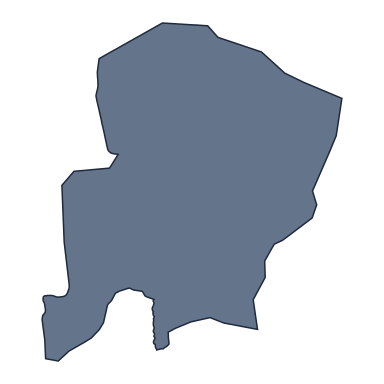 the district of Bornuur, Töv, Mongolia
{"feature_id": "93677404B81102829752528", "entity_name": "Bornuur", "entity_type": "district", "adm_level": 2, "iso_a3": "MNG", "parent_name": "Mongolia", "parent_adm1": "Töv", "projection": "mercator", "projection_center": [106.158, 48.484], "detail": "fine", "context": "isolated", "style": "filled", "palette": "slate", "viewbox_px": 384, "rotation_deg": 0, "n_neighbors": 0, "source": "geoboundaries", "source_scale": "gbopen_adm2", "svg_char_len": 2580}
<svg xmlns="http://www.w3.org/2000/svg" viewBox="0 0 384 384"><path d="M336.2,135.8L341.9,98.4L303.8,82.4L284.8,73.2L261.5,52.0L218.0,37.4L207.7,25.8L162.4,23.0L99.1,58.6L97.3,72.2L97.4,74.5L97.6,77.9L97.8,80.3L98.0,85.9L97.5,89.1L96.6,92.5L96.0,95.6L96.1,96.9L96.9,100.7L97.7,104.2L99.0,109.7L99.8,113.5L100.8,117.7L101.3,120.1L101.7,122.1L102.0,123.8L102.5,125.7L102.9,127.3L103.6,130.5L104.5,134.5L105.4,139.0L106.0,141.4L106.5,144.0L107.3,147.5L107.5,148.7L108.0,150.0L108.8,151.2L109.3,151.7L110.2,152.5L111.9,153.4L113.7,153.8L115.2,154.0L116.5,154.1L117.2,154.2L118.1,154.4L114.6,160.1L109.5,168.1L74.0,171.3L61.9,185.3L64.2,242.3L69.2,284.7L69.2,287.8L68.7,289.4L68.2,290.6L68.0,291.2L67.7,292.3L67.2,293.4L66.4,294.7L64.8,296.0L62.9,296.6L59.6,297.0L56.9,297.1L55.3,296.5L53.1,295.7L51.1,295.4L49.2,295.5L47.5,295.4L46.5,295.8L45.4,295.7L44.0,296.1L43.3,297.1L43.0,298.8L43.2,300.8L44.5,303.6L45.4,309.2L45.3,312.2L44.5,313.2L43.8,314.3L42.8,315.2L42.5,316.6L42.1,319.6L44.8,340.2L45.6,358.7L58.3,361.0L68.8,351.2L84.7,342.1L91.3,338.0L99.3,329.6L103.5,322.7L107.0,307.3L107.5,305.1L108.6,303.5L110.3,302.0L111.9,300.0L112.5,298.8L113.7,296.5L115.2,293.7L116.2,292.7L117.4,292.3L119.2,291.2L123.3,289.9L128.1,288.3L129.6,288.1L133.5,290.0L141.5,291.2L142.6,291.7L143.9,293.9L144.8,295.7L146.4,296.7L153.9,299.4L153.4,299.9L153.2,300.5L153.2,301.2L153.5,301.8L153.8,302.1L154.0,303.0L153.7,304.2L153.5,305.0L153.2,306.0L152.6,307.1L152.2,308.1L152.2,309.2L152.6,310.5L152.8,311.0L153.0,311.3L153.3,311.4L153.5,311.7L153.2,312.1L153.0,312.5L152.9,313.1L153.1,314.0L153.3,315.0L153.4,315.6L153.9,316.0L154.2,316.6L154.2,317.3L153.7,318.1L153.5,318.5L153.5,319.4L153.7,320.2L153.5,321.0L153.4,321.9L153.3,323.3L153.3,324.8L153.7,326.4L154.1,327.4L154.2,328.2L153.9,329.0L153.5,330.1L153.3,331.2L153.5,332.2L153.8,332.7L154.4,333.3L154.6,334.1L154.4,334.8L154.1,335.6L153.9,336.3L154.1,336.8L154.5,337.0L154.9,337.5L155.0,338.3L154.4,339.5L153.8,340.6L153.5,341.3L153.5,342.0L153.5,342.8L153.8,343.5L154.2,344.0L155.0,344.1L155.2,344.7L155.4,345.4L155.3,346.5L155.7,347.9L156.6,349.2L156.8,350.0L157.6,349.7L158.7,349.5L160.1,349.1L161.0,348.8L161.9,348.9L162.7,348.8L163.3,348.8L163.9,348.2L164.5,347.6L165.8,346.9L166.5,346.6L167.3,345.8L167.9,345.3L168.6,344.5L169.0,344.0L168.9,342.1L168.7,340.7L168.5,338.9L168.4,337.3L168.2,332.2L175.4,328.3L190.9,321.9L210.0,317.6L223.8,323.0L257.5,329.4L253.2,299.7L265.2,277.4L264.7,261.0L274.2,244.2L282.4,240.4L312.1,218.0L316.7,204.9L312.5,191.0L330.2,150.3L336.2,135.8Z" fill="#64748b" stroke="#1e293b" stroke-width="1.5"/></svg>